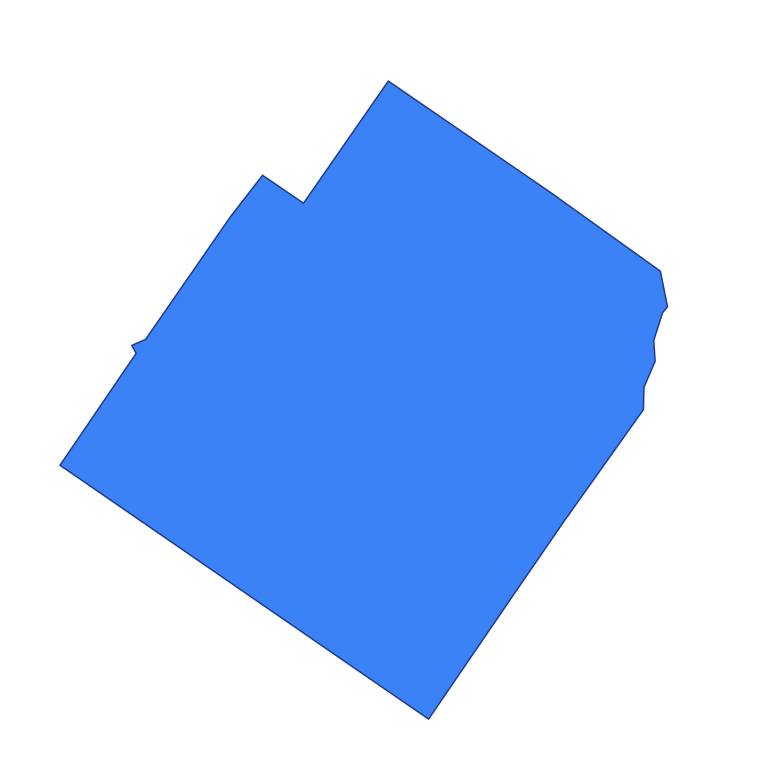 Butler, Alabama, United States of America (orthographic projection), rotated 215°
{"feature_id": "52423323B96631758595189", "entity_name": "Butler", "entity_type": "district", "adm_level": 2, "iso_a3": "USA", "parent_name": "United States of America", "parent_adm1": "Alabama", "projection": "orthographic", "projection_center": [-86.714, 31.744], "detail": "fine", "context": "isolated", "style": "filled", "palette": "blue", "viewbox_px": 768, "rotation_deg": 215, "n_neighbors": 0, "source": "geoboundaries", "source_scale": "gbopen_adm2", "svg_char_len": 423}
<svg xmlns="http://www.w3.org/2000/svg" viewBox="0 0 768 768"><g transform="rotate(215 384 384)"><path d="M157.8,374.0L156.8,511.8L169.2,530.5L174.9,558.1L188.0,574.4L196.7,602.1L196.1,609.9L222.3,634.9L356.8,636.4L554.2,634.6L553.6,485.9L603.2,485.3L605.7,433.3L604.9,283.8L612.7,271.0L604.6,266.9L602.8,131.6L205.2,134.6L155.3,135.1L157.0,285.2L157.8,374.0Z" fill="#3b82f6" stroke="#1e3a8a" stroke-width="1.5"/></g></svg>